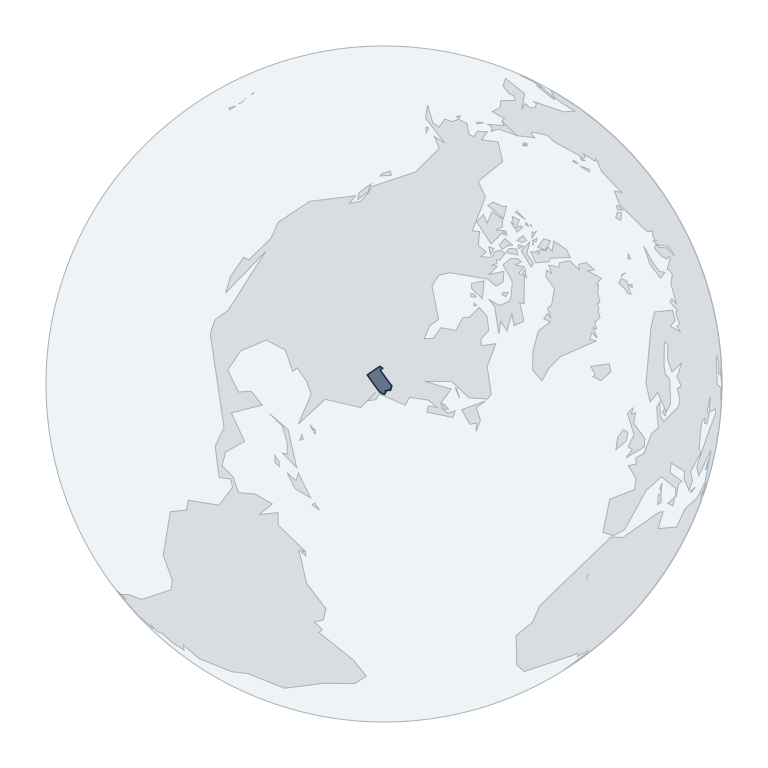 globe centered on Pennsylvania, rotated 53°
{"feature_id": "USA-3560", "entity_name": "Pennsylvania", "entity_type": "State", "adm_level": 1, "iso_a3": "USA", "parent_name": "United States of America", "parent_adm1": "", "projection": "orthographic", "projection_center": [-76.702, 41.129], "detail": "fine", "context": "on_globe", "style": "filled", "palette": "slate", "viewbox_px": 768, "rotation_deg": 53, "n_neighbors": 0, "source": "natural_earth", "source_scale": "10m", "svg_char_len": 12386}
<svg xmlns="http://www.w3.org/2000/svg" viewBox="0 0 768 768"><g transform="rotate(53 384 384)"><circle cx="384" cy="384" r="338" fill="#eef3f6" stroke="#a8b0b8"/><path d="M388.4,721.9L394.4,721.6L388.3,721.6L401.3,719.4L394.2,720.1L398.6,714.6L410.2,707.3L420.2,677.9L413.5,671.2L388.0,663.4L357.4,631.5L365.9,617.5L359.1,610.3L381.5,588.7L375.4,567.0L367.4,563.8L359.5,571.9L332.2,556.4L322.4,537.9L239.3,492.5L231.0,480.3L231.4,464.2L206.9,398.6L216.0,455.7L205.9,441.9L198.4,419.9L203.5,417.2L199.7,386.7L191.1,371.2L193.4,333.4L216.6,293.5L218.8,302.9L224.2,292.9L221.7,280.9L218.8,275.5L233.7,231.1L229.1,197.9L216.6,194.9L228.0,190.4L197.0,190.9L187.4,181.4L205.0,187.8L212.0,185.3L208.9,176.1L215.4,171.7L217.7,165.0L225.8,160.9L235.4,165.8L240.8,163.5L238.3,157.3L244.8,149.8L247.7,159.1L259.4,147.3L277.7,155.3L278.8,186.8L295.7,190.4L314.8,221.4L319.8,215.9L330.2,225.4L339.8,222.9L340.6,230.1L347.6,222.0L345.1,215.9L347.3,210.5L352.7,208.7L354.7,217.3L352.3,219.5L355.7,221.2L354.3,226.4L358.1,222.8L359.8,234.0L366.2,220.5L374.3,227.5L373.3,235.7L362.8,237.8L334.5,264.7L330.2,275.0L334.6,286.7L365.3,301.5L364.9,312.3L372.1,324.6L377.2,316.9L373.3,304.7L384.5,294.2L378.5,281.3L382.1,275.5L380.2,261.8L391.8,261.0L404.2,268.0L406.5,279.6L412.0,283.3L419.1,270.4L432.2,291.2L456.2,304.1L458.4,310.3L446.0,324.5L422.7,328.3L406.6,349.8L428.5,333.4L433.5,350.4L439.2,352.5L445.6,350.6L448.2,343.4L452.3,349.1L432.2,366.6L428.1,361.7L434.5,355.9L423.6,358.2L410.0,371.5L413.6,379.9L389.3,393.6L391.6,400.0L387.6,407.0L385.6,395.7L388.7,416.8L360.7,440.3L364.4,476.3L348.3,448.2L334.9,444.2L318.8,443.5L319.1,449.3L297.5,442.3L278.1,451.6L271.2,478.4L278.8,500.5L302.8,505.1L309.9,494.5L327.5,493.9L315.2,523.3L345.9,529.9L343.0,551.4L352.0,562.7L367.3,560.4L383.2,565.5L394.4,553.1L412.5,545.4L413.1,562.5L422.9,546.1L433.1,553.5L468.9,547.8L466.3,552.2L496.5,565.8L528.5,565.6L535.9,574.7L532.1,582.8L543.1,581.1L543.2,585.5L585.8,574.7L606.7,574.0L605.5,588.0L586.8,612.1L567.2,646.4L532.9,667.4L522.3,678.6L492.5,696.7L471.9,701.2L476.0,703.9L463.1,708.6L449.3,711.3L445.5,713.8L435.2,715.4L441.0,715.5L422.7,719.3L425.9,719.3L424.6,719.5L388.4,721.9ZM70.2,341.7L72.7,335.0L72.3,342.2L70.2,341.7ZM73.4,329.1L72.7,331.7L73.2,329.1L73.4,329.1ZM73.3,325.9L73.4,328.2L72.9,326.2L73.3,325.9ZM72.7,322.4L73.1,324.0L72.7,322.4ZM362.8,488.1L398.0,504.0L378.2,506.6L381.9,503.5L372.9,496.8L356.3,490.4L338.9,493.2L362.8,488.1ZM72.9,315.1L73.1,313.1L73.7,314.0L72.9,315.1ZM378.1,468.9L372.0,467.5L378.0,467.4L378.1,468.9ZM216.4,274.0L220.9,281.2L220.8,294.1L216.2,288.5L216.4,274.0ZM217.7,250.8L221.7,252.4L215.4,262.1L215.0,258.1L217.7,250.8ZM206.2,194.3L208.7,199.1L204.1,196.1L206.2,194.3ZM216.6,164.9L213.8,165.1L216.1,161.6L216.6,164.9ZM373.9,263.3L376.9,262.6L375.7,265.5L373.9,263.3ZM370.1,258.2L366.5,262.1L364.2,260.3L366.5,257.9L370.1,258.2ZM230.7,152.3L235.3,147.0L232.2,153.2L230.7,152.3ZM375.1,254.0L360.5,256.6L356.5,253.5L361.8,242.1L375.1,254.0ZM239.1,144.6L250.1,132.6L244.9,131.7L266.0,128.1L249.6,139.0L246.6,146.5L244.3,143.1L239.1,144.6ZM341.9,214.8L344.9,221.2L337.4,217.7L341.9,214.8ZM336.5,214.0L310.3,212.4L308.6,202.7L317.7,204.9L311.5,194.2L323.6,190.1L329.8,195.1L328.4,202.1L334.1,195.3L336.5,214.0ZM275.8,128.4L279.9,126.5L277.4,129.5L275.8,128.4ZM347.6,208.1L342.4,208.4L340.6,199.9L350.6,197.8L348.0,201.2L347.6,208.1ZM303.9,193.6L304.4,187.3L314.3,182.1L315.8,179.1L323.8,189.2L303.9,193.6ZM351.2,202.2L355.8,197.0L361.6,199.5L352.5,207.3L351.2,202.2ZM335.9,198.7L335.6,194.7L339.0,196.2L335.9,198.7ZM384.8,206.4L378.6,206.5L377.2,202.0L384.8,206.4ZM357.1,195.0L355.0,194.1L353.8,192.5L357.9,189.8L357.1,195.0ZM330.2,185.1L334.3,184.5L327.4,180.7L334.6,177.1L338.6,184.7L339.9,179.9L342.1,178.8L342.9,186.3L330.2,185.1ZM358.3,182.2L365.8,191.4L377.6,192.0L379.2,196.0L360.1,194.3L358.3,182.2ZM349.2,183.9L355.2,183.7L354.2,188.4L349.4,191.5L349.2,183.9ZM338.0,172.1L326.0,175.6L325.5,173.9L338.0,172.1ZM361.9,181.4L360.0,179.3L362.8,180.9L361.9,181.4ZM345.6,173.7L341.4,175.1L341.0,173.1L345.6,173.7ZM359.6,174.1L362.1,176.9L359.0,179.0L359.6,174.1ZM353.4,173.1L353.8,170.1L356.4,178.0L351.6,174.0L353.4,173.1ZM345.9,171.6L344.2,170.9L347.7,171.3L345.9,171.6ZM370.1,164.9L374.1,174.5L367.2,178.9L364.2,168.9L370.1,164.9ZM664.6,195.7L661.8,192.9L657.7,187.7L657.4,187.4L656.9,186.9L664.2,196.5L660.9,194.1L669.5,203.2L681.7,224.1L692.4,245.9L701.5,268.4L709.0,291.4L714.8,315.0L718.9,338.9L721.3,363.0L721.9,387.3L720.8,411.5L720.8,406.4L720.8,383.9L719.6,381.4L718.2,393.6L715.8,390.7L714.2,396.9L698.0,445.1L688.1,446.9L664.4,429.8L663.7,408.7L654.8,393.1L642.9,294.7L650.2,285.9L652.0,241.3L654.0,238.0L664.5,252.0L674.4,236.3L665.0,219.2L663.3,202.0L655.4,186.4L633.8,162.8L646.6,187.9L638.3,184.0L619.6,156.6L606.8,136.5L603.1,134.4L602.4,141.2L590.4,131.3L601.1,143.3L603.5,142.3L610.2,150.2L608.4,151.7L604.3,147.9L605.6,153.3L625.0,171.2L629.5,172.0L638.5,192.0L646.8,195.7L652.5,204.3L640.4,201.5L634.7,196.6L619.9,202.1L626.7,208.9L641.2,204.5L640.7,208.4L650.0,218.8L642.5,213.9L624.9,218.2L626.9,238.9L645.2,279.5L643.2,292.2L634.3,298.5L611.9,273.0L619.1,247.6L611.2,239.5L596.3,237.9L599.8,230.7L594.6,227.4L595.9,218.2L584.7,200.4L584.1,191.2L566.9,180.3L564.2,174.4L575.2,182.3L582.4,183.4L579.4,162.6L575.0,157.4L564.1,152.3L564.6,147.8L554.4,145.5L546.4,133.2L547.7,146.8L534.8,142.5L523.1,133.5L519.1,134.8L538.2,149.6L545.7,153.5L551.8,152.8L572.3,167.1L576.1,175.4L555.4,170.6L558.6,182.2L541.1,174.4L500.0,137.2L489.3,124.7L498.6,109.2L508.5,113.1L510.0,120.4L520.4,116.1L513.9,115.2L514.3,111.9L502.2,107.9L501.9,105.4L490.8,106.3L489.1,102.8L496.2,102.3L476.8,94.6L469.9,87.7L465.6,87.3L463.0,88.8L455.9,79.7L453.1,79.9L454.3,82.8L449.5,85.3L438.2,86.4L436.4,83.1L440.2,82.3L445.5,76.2L456.0,75.2L454.1,74.1L444.5,74.3L438.1,81.6L431.8,83.2L433.5,79.1L432.4,80.7L428.7,80.6L423.3,77.6L420.8,82.1L382.7,88.0L368.5,83.8L374.2,78.9L345.6,82.3L331.8,79.1L333.0,81.5L320.1,86.0L324.2,86.9L323.8,88.6L292.5,102.5L283.7,103.9L271.6,114.4L272.2,115.9L278.0,115.3L266.0,128.1L244.9,131.7L244.6,128.0L231.7,133.5L232.9,124.6L227.9,120.3L236.7,108.5L232.0,106.8L227.4,109.3L217.6,109.6L213.1,103.0L236.8,97.1L247.5,108.7L244.9,102.6L251.5,101.0L254.2,97.1L251.9,93.5L247.9,94.9L274.8,76.7L281.1,67.1L266.1,73.2L256.4,75.6L250.4,74.1L258.4,70.3L281.2,62.1L304.5,55.6L328.2,50.7L352.2,47.6L376.3,46.2L400.5,46.5L424.6,48.5L448.5,52.3L472.1,57.8L495.2,64.9L517.7,73.7L539.6,84.0L560.7,95.9L580.8,109.3L600.0,124.1L618.0,140.2L634.9,157.6L650.4,176.1L664.6,195.7ZM658.5,334.1L661.6,339.4L661.6,339.5L658.5,334.1ZM600.9,125.5L588.3,114.8L580.8,110.3L575.3,106.1L574.8,106.4L580.3,110.0L577.1,110.4L566.9,103.2L561.7,101.1L565.7,104.7L584.9,118.2L589.7,117.2L598.2,123.7L600.9,125.5ZM470.0,547.4L474.4,549.9L468.7,551.0L470.0,547.4ZM375.5,514.2L382.9,514.6L386.8,517.3L381.2,518.3L375.5,514.2ZM437.4,511.0L445.9,511.5L437.2,514.1L437.4,511.0ZM403.5,505.9L430.7,511.2L413.8,518.0L396.6,514.7L408.4,512.5L403.5,505.9ZM374.8,480.2L379.5,481.6L378.2,485.1L374.8,480.2ZM382.4,468.8L380.6,469.2L378.3,466.2L382.4,468.8ZM434.7,349.3L436.4,348.1L443.0,347.7L440.1,351.0L434.7,349.3ZM471.2,328.9L477.0,338.7L470.8,333.7L467.9,339.7L451.3,337.4L458.6,313.4L458.2,324.4L471.2,328.9ZM431.2,328.7L440.9,332.2L430.0,329.4L431.2,328.7ZM564.5,220.4L569.3,218.5L575.2,224.4L575.9,238.2L567.4,229.6L564.5,220.4ZM574.8,214.7L554.1,207.3L552.8,199.1L557.0,204.8L558.3,200.2L565.4,208.2L584.4,208.5L590.8,213.9L588.6,235.1L585.8,224.9L581.3,227.0L574.8,214.7ZM503.5,209.6L494.5,208.2L503.4,192.1L510.7,195.4L511.9,208.7L503.9,212.7L503.5,209.6ZM387.4,234.2L383.3,236.0L382.8,233.4L385.8,229.8L387.4,234.2ZM382.0,206.8L404.3,223.9L400.8,226.7L418.0,234.4L415.6,244.9L404.5,239.5L415.6,253.8L404.6,253.1L413.1,262.2L388.7,248.9L379.3,249.5L390.7,244.7L393.2,234.8L391.5,230.8L379.5,219.9L360.5,217.1L359.9,207.5L364.6,201.6L369.1,200.8L368.0,207.1L374.8,201.5L376.7,210.1L382.0,206.8ZM419.4,147.3L416.3,153.2L430.2,146.9L432.2,154.0L433.6,152.9L439.3,158.0L448.7,162.4L448.0,165.8L452.0,166.1L455.8,169.8L461.0,171.4L461.7,178.5L468.1,181.3L464.7,183.1L475.6,186.1L467.8,187.1L472.0,192.5L477.3,188.7L468.3,226.3L470.5,242.5L476.5,255.9L462.4,256.9L447.6,245.4L434.6,228.9L434.5,213.6L428.1,217.2L426.2,211.1L432.1,210.8L421.9,207.8L421.9,202.8L410.3,190.4L395.6,190.0L391.0,185.7L396.7,183.5L388.2,181.0L395.9,174.0L392.8,171.0L397.2,161.5L410.1,159.4L405.6,156.3L408.8,149.4L419.4,147.3ZM371.8,162.3L386.7,157.4L395.1,159.1L383.8,175.1L385.5,178.8L378.6,189.8L366.5,187.2L369.6,184.2L369.8,180.8L373.5,182.9L370.7,178.6L374.9,174.5L373.8,170.2L379.0,169.7L371.8,162.3ZM649.8,229.1L650.1,225.8L649.2,219.7L655.1,226.6L649.8,229.1ZM638.2,232.2L637.6,228.2L645.4,234.1L645.0,237.9L638.2,232.2ZM630.5,221.5L636.9,227.6L633.2,226.5L630.5,221.5ZM573.9,178.8L572.4,174.7L574.9,175.3L578.7,178.7L573.9,178.8ZM460.9,132.8L457.8,135.2L455.8,134.1L444.6,135.6L442.3,130.8L448.1,128.1L460.9,132.8ZM639.8,170.0L646.0,177.9L645.5,178.6L643.5,175.7L639.8,170.0ZM653.9,202.9L653.8,197.4L655.5,204.8L653.9,202.9ZM456.5,127.8L452.2,128.9L453.7,125.9L456.5,127.8ZM440.0,127.5L440.6,123.9L440.7,130.4L440.0,127.5ZM430.3,93.5L448.4,96.3L459.9,96.3L463.9,92.5L466.0,99.5L448.3,99.5L430.3,93.5ZM388.8,88.7L385.3,92.8L381.6,90.9L381.9,89.7L388.8,88.7ZM390.4,91.2L395.9,96.6L390.6,98.9L387.3,94.1L390.4,91.2ZM426.9,110.6L432.4,111.6L431.1,113.9L426.9,110.6ZM233.7,81.4L236.1,80.8L222.3,88.0L218.6,89.7L223.0,86.9L230.0,83.2L231.3,82.6L233.7,81.4ZM232.8,82.9L239.7,79.6L258.6,75.8L259.2,77.0L237.4,82.5L242.7,79.8L240.5,79.8L232.8,82.9ZM278.1,125.1L279.7,126.4L276.0,126.8L278.1,125.1ZM326.4,89.0L325.2,91.3L320.9,91.4L326.4,89.0ZM319.5,97.9L325.2,96.2L319.9,99.3L319.5,97.9ZM337.9,92.5L327.9,96.2L336.3,90.8L337.9,92.5Z" fill="#d9dde1" stroke="#a8b0b8" stroke-width="1"/><path d="M367.4,376.6L368.0,376.5L368.6,376.4L369.2,376.1L369.9,375.8L370.6,375.5L370.7,375.9L370.7,376.1L370.7,376.3L370.7,376.5L370.7,376.9L370.6,377.1L370.6,377.4L370.6,377.6L370.6,377.9L370.6,378.1L370.6,378.3L370.6,378.6L371.3,378.7L371.9,378.7L372.5,378.7L373.1,378.7L373.7,378.7L374.3,378.7L374.9,378.8L375.5,378.8L376.1,378.8L376.7,378.8L377.3,378.8L377.9,378.8L378.5,378.8L379.1,378.8L379.7,378.8L380.3,378.9L380.9,378.9L381.5,378.9L382.1,378.9L382.7,378.9L383.3,378.9L383.9,378.9L384.5,378.9L385.1,378.9L385.6,378.9L386.2,378.9L386.8,378.9L387.4,378.9L388.0,378.9L388.6,378.9L389.2,378.8L389.8,378.8L390.0,378.8L390.1,379.0L390.3,379.1L390.4,379.4L390.4,379.5L390.5,379.6L390.8,379.5L391.0,379.7L391.0,379.8L391.0,380.0L391.3,380.3L391.2,380.3L391.2,380.6L391.2,380.8L391.2,381.1L391.3,381.2L391.5,381.7L391.7,381.8L391.9,381.9L392.0,382.0L392.3,382.0L392.5,382.1L392.7,382.3L392.8,382.3L392.9,382.6L392.7,382.6L392.5,382.8L392.2,383.1L392.2,383.4L392.1,383.6L391.8,383.9L391.8,384.0L391.7,384.0L391.4,384.4L391.4,384.5L391.2,384.5L391.0,384.8L391.0,385.0L391.3,385.3L391.3,385.5L391.2,385.6L391.2,385.8L391.1,386.0L390.9,385.9L390.8,386.0L390.7,386.4L390.7,386.5L390.8,386.6L390.7,386.6L390.8,386.9L390.7,387.0L390.8,387.0L390.9,387.3L391.0,387.2L391.2,387.3L391.3,387.5L391.3,387.9L391.4,388.0L391.5,388.1L391.8,388.1L391.9,388.5L392.1,388.7L392.2,388.8L392.3,389.0L392.5,389.1L392.7,389.3L392.8,389.5L392.7,389.8L392.4,389.9L392.3,390.0L392.2,390.1L391.8,390.4L391.7,390.4L391.6,390.5L391.3,390.7L391.2,390.7L391.1,390.9L391.1,391.0L390.8,391.3L390.6,391.4L390.4,391.4L390.1,391.5L389.9,391.6L389.8,391.8L389.8,391.7L389.7,391.7L389.3,391.6L389.1,391.6L388.9,391.6L388.6,391.7L388.5,391.8L388.4,391.9L388.3,392.1L388.2,392.3L387.6,392.3L387.1,392.3L386.6,392.3L386.1,392.3L385.5,392.3L385.0,392.3L384.5,392.3L384.0,392.3L383.4,392.3L382.9,392.3L382.4,392.3L381.9,392.3L381.4,392.3L380.8,392.3L380.3,392.3L379.8,392.3L379.3,392.3L378.7,392.3L378.2,392.3L377.7,392.3L377.2,392.2L376.6,392.2L376.1,392.2L375.6,392.2L375.1,392.2L374.6,392.2L374.0,392.2L373.5,392.2L373.0,392.1L372.5,392.1L371.9,392.1L371.4,392.1L370.8,392.1L370.2,392.1L369.6,392.0L369.1,392.0L368.5,392.0L367.9,392.0L367.3,391.9L366.7,391.9L366.7,391.5L366.7,391.1L366.7,390.7L366.8,390.3L366.8,389.8L366.8,389.3L366.8,388.9L366.8,388.4L366.9,387.9L366.9,387.4L366.9,387.0L366.9,386.5L367.0,385.9L367.0,385.2L367.0,384.6L367.0,384.0L367.1,383.4L367.1,382.8L367.1,382.1L367.1,381.5L367.2,380.9L367.2,380.3L367.2,379.7L367.3,379.1L367.3,378.4L367.3,377.8L367.3,377.2L367.4,376.6Z" fill="#64748b" stroke="#1e293b" stroke-width="1.5"/></g></svg>